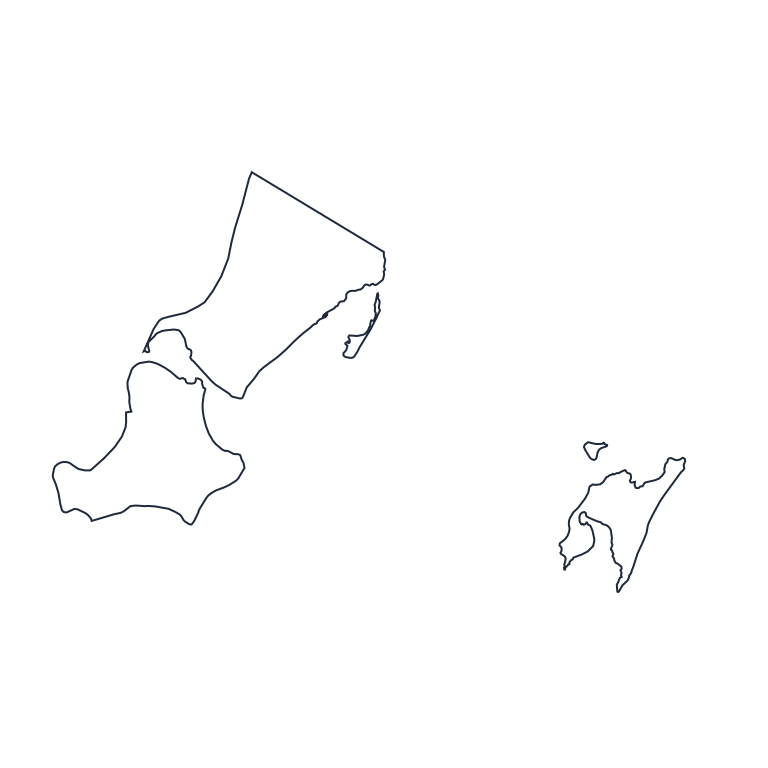 Cidade De Maputo, Maputo, Mozambique (Robinson projection), rotated 10°
{"feature_id": "85939544B59479814848654", "entity_name": "Cidade De Maputo", "entity_type": "district", "adm_level": 2, "iso_a3": "MOZ", "parent_name": "Mozambique", "parent_adm1": "Maputo", "projection": "robinson", "projection_center": [32.742, -25.953], "detail": "fine", "context": "isolated", "style": "outline", "palette": "slate", "viewbox_px": 768, "rotation_deg": 10, "n_neighbors": 0, "source": "geoboundaries", "source_scale": "gbopen_adm2", "svg_char_len": 6152}
<svg xmlns="http://www.w3.org/2000/svg" viewBox="0 0 768 768"><g transform="rotate(10 384 384)"><path d="M141.7,393.6L143.1,392.7L144.7,393.8L146.5,393.5L147.0,393.1L147.1,392.5L146.8,391.6L144.7,386.9L144.7,384.2L145.1,383.0L149.3,377.3L151.0,374.1L152.3,373.0L156.1,370.4L159.6,369.1L167.7,366.8L172.4,366.7L174.7,368.1L180.0,374.2L182.9,381.4L183.6,382.3L184.6,383.3L187.3,383.9L188.1,384.5L188.8,385.9L189.1,389.5L188.5,391.1L188.9,392.0L190.6,393.8L191.9,394.3L214.1,411.4L218.8,414.2L233.6,420.6L235.4,422.2L236.7,422.8L244.2,423.3L246.0,423.0L247.0,422.1L247.4,420.9L249.4,411.2L255.4,400.9L259.0,393.0L263.1,387.9L274.6,375.8L281.5,367.1L287.9,357.9L291.6,353.0L295.7,347.9L302.2,340.7L303.3,338.9L304.7,337.4L307.2,335.9L307.6,334.0L309.6,331.4L314.9,328.1L316.0,326.1L316.0,325.3L315.9,324.9L315.3,324.8L314.6,325.7L313.8,328.2L312.3,328.7L312.1,327.8L313.0,325.9L315.2,323.5L321.5,318.5L322.6,317.1L322.7,316.3L324.7,315.1L325.5,311.9L327.0,310.3L330.2,309.4L331.7,306.6L331.8,305.7L331.3,302.4L332.1,300.4L334.3,298.5L336.7,297.7L339.6,297.3L341.7,296.0L344.8,294.8L346.6,292.6L347.3,290.6L348.9,289.1L350.4,289.1L352.5,289.6L353.1,289.4L354.3,287.9L355.7,287.3L357.4,288.0L358.6,287.9L359.8,287.1L364.4,282.0L364.9,280.7L365.1,277.1L365.0,275.6L364.1,273.3L365.2,271.3L363.8,268.8L363.7,267.8L363.7,261.7L361.7,258.2L360.9,254.0L217.0,198.4L215.4,205.3L213.3,231.8L210.2,256.2L209.2,270.7L208.8,287.6L205.1,306.0L199.3,322.2L193.2,334.6L187.5,339.9L176.4,348.3L159.6,355.5L154.3,358.1L151.6,360.6L147.6,369.8L141.7,393.6ZM119.9,569.6L140.3,559.4L147.3,556.5L150.3,554.1L155.5,548.3L160.5,546.8L170.0,545.8L172.4,545.1L179.8,544.3L193.3,544.3L200.7,546.2L205.5,548.0L207.4,549.4L210.0,552.6L211.5,553.8L215.9,555.7L218.4,556.0L219.2,555.3L221.0,551.5L223.4,543.0L223.6,540.7L224.6,537.6L229.2,526.2L230.8,523.6L231.7,523.0L232.1,522.1L237.0,518.0L244.8,513.4L249.3,510.2L255.1,504.9L256.9,502.2L261.2,491.0L259.3,486.0L257.0,483.3L255.3,479.9L254.3,478.7L251.9,478.5L248.3,479.1L242.5,477.2L240.7,477.1L238.9,477.5L235.6,476.4L228.9,472.5L225.3,469.5L220.2,463.4L215.9,456.2L212.0,447.4L210.4,442.5L209.4,438.6L208.7,433.7L208.4,426.2L209.0,420.0L208.4,419.4L206.8,419.1L204.7,415.1L204.6,413.3L202.9,411.6L199.9,410.8L197.9,411.2L198.0,414.3L197.6,415.3L196.7,416.2L194.7,417.0L190.5,417.4L189.0,416.6L187.3,413.8L186.5,413.9L185.5,413.2L184.3,413.2L182.0,414.4L180.3,414.0L172.1,409.1L165.5,406.1L157.7,403.5L151.8,402.7L148.4,402.8L139.8,405.8L137.3,407.6L134.0,411.4L133.0,413.9L131.1,425.8L131.2,427.6L132.4,432.7L134.2,436.7L135.7,441.4L136.2,445.6L138.6,452.6L140.0,455.0L134.9,456.8L136.7,466.4L137.0,471.7L135.0,481.4L129.7,492.9L121.1,505.9L110.8,518.9L109.5,520.1L104.8,521.0L98.4,520.8L94.7,519.5L88.0,516.3L84.9,516.0L81.9,516.4L78.9,517.7L76.2,519.9L74.2,522.5L73.8,524.8L73.6,530.9L74.1,533.3L78.3,539.9L82.2,547.6L86.3,559.0L88.8,564.3L90.8,565.7L93.8,565.6L100.7,560.8L104.0,560.6L112.1,562.9L114.9,564.2L118.8,567.4L119.9,569.6ZM694.0,407.5L693.4,405.8L691.8,404.8L690.8,404.9L688.4,407.1L685.5,408.2L684.0,408.2L679.8,407.1L678.7,407.3L677.3,408.0L676.7,409.3L676.5,411.8L675.1,413.8L674.8,415.7L675.0,417.2L674.7,418.8L675.7,422.1L673.5,426.5L672.6,427.4L671.4,429.3L667.6,431.7L658.9,435.4L657.7,436.3L656.4,439.8L654.2,440.4L652.8,442.3L650.6,442.6L649.8,442.4L648.3,439.8L648.2,436.8L645.6,437.9L644.3,438.1L643.5,437.6L642.9,436.5L643.5,434.8L643.5,433.1L642.6,430.2L641.1,429.4L639.4,429.5L637.1,427.7L636.9,427.1L636.2,426.9L632.1,429.7L631.0,431.0L628.8,431.3L626.2,433.1L625.0,432.7L623.8,434.0L622.1,434.6L620.4,436.5L619.2,437.1L619.1,438.0L618.5,438.7L616.8,442.7L614.2,445.3L610.3,446.5L606.7,446.8L606.1,447.8L604.8,448.5L604.2,449.8L604.0,455.7L601.9,461.9L596.6,472.3L592.6,477.7L590.3,484.2L590.0,486.9L590.3,489.8L591.9,494.4L591.9,497.6L591.2,501.4L589.7,504.7L587.0,508.1L585.1,509.9L584.7,511.2L585.0,512.6L586.5,513.6L587.4,514.7L587.8,517.8L587.1,519.8L587.8,520.6L591.9,522.3L593.1,523.9L593.3,526.7L592.9,530.7L593.7,532.1L593.1,533.6L593.8,535.4L594.4,535.4L594.6,534.6L594.4,533.7L594.6,533.0L595.4,532.2L597.0,529.5L597.8,529.3L597.6,527.1L599.2,524.6L600.2,524.1L600.7,522.1L608.6,517.4L613.6,513.6L617.9,507.6L618.2,506.0L618.3,501.8L617.9,499.8L614.8,492.3L612.3,488.3L611.5,487.6L609.5,487.1L607.8,485.1L607.3,485.3L606.9,486.7L606.0,487.5L605.0,487.9L604.3,487.3L603.5,487.4L603.2,487.9L602.3,487.6L600.5,485.2L599.5,480.9L599.9,478.2L601.4,476.2L603.6,475.3L605.1,476.1L605.5,476.7L605.8,478.5L606.6,479.2L609.0,480.1L617.8,482.2L621.4,482.5L623.3,483.9L627.8,484.5L630.3,485.8L632.6,488.2L635.1,495.6L635.6,500.7L636.9,502.6L636.1,507.0L636.2,507.7L637.6,508.5L638.0,509.8L639.3,511.3L639.5,512.0L638.9,513.7L639.1,514.3L640.9,515.8L641.2,517.4L643.2,519.9L645.2,520.3L649.4,522.6L650.0,524.1L650.0,525.1L649.2,526.4L650.7,528.6L650.6,530.9L651.6,532.8L650.0,533.8L648.9,539.0L648.1,541.0L649.8,547.9L650.7,548.2L651.4,547.5L653.8,540.8L657.9,535.4L658.8,532.5L658.8,530.1L660.3,527.0L660.3,525.2L661.3,520.5L663.1,507.1L666.5,494.2L668.0,487.0L668.4,484.5L668.4,477.6L669.0,474.1L672.0,464.1L676.2,451.7L679.3,444.7L691.6,419.7L693.9,416.5L694.4,415.2L693.2,411.8L694.0,407.5ZM361.3,332.5L365.4,319.2L366.1,315.8L367.3,312.3L366.0,310.3L365.6,308.8L365.5,304.3L364.9,302.6L363.4,301.0L363.0,300.0L363.0,297.6L362.2,295.8L361.9,295.9L361.7,296.7L361.6,304.4L361.0,307.7L362.0,310.3L362.2,313.4L363.7,315.9L363.8,319.3L363.1,322.7L362.7,323.8L360.9,323.4L360.3,323.7L360.0,327.4L360.3,329.6L359.5,330.8L358.9,334.2L356.8,337.7L355.0,339.1L349.2,341.4L341.4,342.2L340.9,343.3L340.9,344.3L342.8,347.0L342.9,348.7L342.7,349.5L342.2,349.8L341.6,349.7L341.6,348.5L341.2,348.3L339.0,350.2L338.9,351.0L339.4,351.6L341.3,352.6L341.4,353.4L340.9,357.2L338.7,360.8L339.0,362.5L339.6,363.3L341.4,364.1L345.6,364.2L348.2,363.7L349.8,362.4L352.0,357.3L353.7,351.8L361.3,332.5ZM611.6,404.9L611.0,403.8L610.3,403.7L609.5,404.8L608.4,405.3L603.2,406.3L595.0,405.9L592.5,408.6L592.0,410.0L591.9,411.5L593.7,414.1L599.6,420.8L601.0,421.7L604.0,422.4L605.7,421.0L606.1,419.6L606.2,414.6L607.2,411.3L609.1,409.4L614.2,406.6L614.3,405.3L611.6,404.9Z" fill="none" stroke="#1e293b" stroke-width="2"/></g></svg>